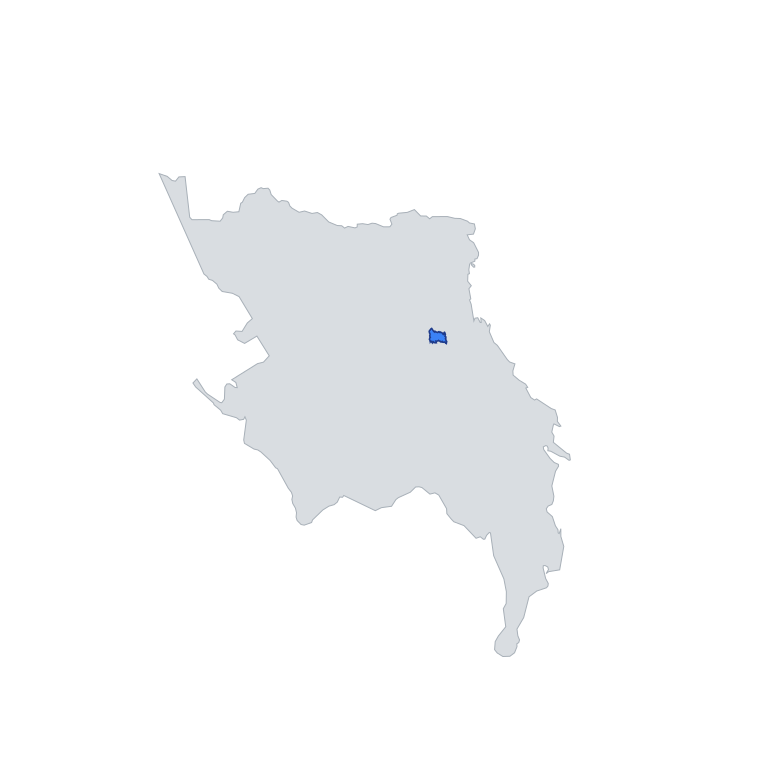 Chaparral, Tolima, Colombia (highlighted), rotated 148°
{"feature_id": "7082276B10096367300511", "entity_name": "Chaparral", "entity_type": "district", "adm_level": 2, "iso_a3": "COL", "parent_name": "Colombia", "parent_adm1": "Tolima", "projection": "equal_earth", "projection_center": [-75.57, 3.753], "detail": "fine", "context": "in_parent", "style": "filled", "palette": "blue", "viewbox_px": 768, "rotation_deg": 148, "n_neighbors": 0, "source": "geoboundaries", "source_scale": "gbopen_adm2", "svg_char_len": 7449}
<svg xmlns="http://www.w3.org/2000/svg" viewBox="0 0 768 768"><g transform="rotate(148 384 384)"><path d="M426.2,106.6L420.5,109.7L409.4,113.6L401.9,130.2L396.7,133.1L390.3,143.0L385.6,155.2L382.0,180.2L372.6,201.3L373.4,202.3L377.2,201.3L380.7,199.0L382.0,199.7L383.3,203.4L387.7,204.4L391.2,221.5L397.8,230.2L398.5,233.6L399.4,240.7L397.0,245.1L396.4,260.8L398.5,264.7L403.4,266.3L406.7,276.1L408.8,278.3L411.8,279.9L419.0,278.3L432.0,280.0L435.1,279.7L442.4,276.3L451.7,280.5L458.5,281.2L477.2,310.8L479.1,309.9L481.5,311.6L486.2,308.6L490.2,308.1L495.5,309.6L502.6,309.6L516.7,306.6L518.8,304.9L526.5,306.6L528.8,308.8L530.0,314.3L529.1,317.7L526.4,321.2L524.9,325.6L524.7,331.0L523.3,334.9L520.8,337.5L519.9,341.3L520.4,346.2L519.2,368.6L520.3,370.4L521.1,379.6L524.4,391.6L526.0,395.0L528.7,397.7L533.8,407.6L532.6,410.9L519.9,426.3L519.3,429.9L521.7,428.4L525.6,429.9L527.0,433.6L536.5,444.3L536.4,448.4L539.1,456.5L538.7,458.3L545.3,481.3L545.5,486.1L540.0,487.5L539.8,472.0L539.0,468.9L532.8,455.2L531.5,454.1L527.4,455.7L520.5,465.8L517.3,467.3L514.7,465.9L512.1,459.9L510.4,458.7L508.8,463.8L510.9,468.3L480.5,468.3L474.6,466.4L466.4,468.7L466.4,492.0L480.7,492.3L484.7,499.0L484.3,504.4L485.0,506.3L481.5,507.4L476.5,503.8L467.6,508.2L461.0,509.2L460.6,534.9L464.5,541.3L472.2,548.2L473.3,552.8L472.8,557.2L474.6,562.8L477.1,565.7L477.1,569.0L478.4,572.7L463.2,681.6L457.8,674.9L455.9,668.9L453.3,666.5L448.2,668.3L442.8,665.3L460.4,628.4L459.8,625.1L445.2,616.1L443.6,613.8L436.7,608.9L432.8,610.3L430.6,612.7L425.3,613.5L421.0,609.6L415.8,607.0L409.7,613.2L407.8,613.2L403.4,615.9L398.7,616.9L392.6,614.1L387.7,616.1L384.2,615.6L382.9,613.7L378.6,611.5L378.1,609.0L379.3,604.4L377.4,595.5L376.7,593.9L373.4,593.8L369.5,590.5L368.7,588.6L369.5,584.9L368.8,581.8L365.0,574.6L359.7,572.8L354.7,566.8L349.6,564.7L347.2,560.4L345.0,550.7L339.7,543.2L336.0,540.6L334.8,537.1L331.0,536.7L325.8,531.7L323.5,531.4L322.0,533.7L317.2,531.3L313.1,527.7L308.9,526.7L306.1,524.5L301.1,517.5L295.7,514.2L292.6,515.4L291.6,520.6L289.8,521.5L283.6,520.2L282.5,521.3L280.9,521.0L273.3,517.2L265.8,515.8L263.9,507.1L259.1,504.0L257.7,499.9L254.3,500.3L241.5,492.4L236.2,487.0L231.6,483.9L226.9,477.8L226.2,475.3L222.5,471.8L224.3,467.2L228.7,463.7L234.4,466.4L235.1,461.0L233.1,456.3L234.1,445.5L235.6,443.1L238.7,441.0L240.7,441.8L241.9,440.0L246.6,440.8L248.0,440.1L251.6,435.8L253.1,432.3L254.7,432.6L258.6,426.8L257.9,421.1L261.5,419.8L265.3,410.2L266.9,410.0L267.8,405.5L274.4,389.8L272.0,391.6L269.4,390.5L269.8,385.2L269.0,384.6L266.9,388.7L265.0,384.5L265.5,377.8L262.6,379.1L262.7,377.5L267.0,372.5L268.8,360.9L267.4,356.7L266.5,339.4L265.8,336.1L262.3,331.7L267.8,326.8L269.8,323.1L267.3,315.4L264.0,308.9L263.9,305.0L265.9,305.4L266.7,294.7L264.8,290.6L262.5,290.5L255.2,274.6L252.6,271.3L254.6,263.7L256.8,260.4L256.3,254.6L257.8,254.9L261.0,260.1L262.3,259.3L267.2,254.3L267.4,249.7L271.3,244.8L265.8,228.6L263.9,226.1L266.2,220.9L267.5,221.2L269.6,226.3L273.1,229.6L278.2,238.6L280.4,240.6L278.8,242.7L278.5,244.8L279.3,246.0L282.2,246.3L283.3,243.8L282.6,232.8L281.3,227.3L278.7,223.4L279.5,221.8L284.8,219.1L295.7,208.6L299.4,198.8L302.3,195.2L305.5,192.9L309.5,193.5L312.5,192.2L313.5,189.1L311.5,182.3L313.8,172.9L313.7,168.2L315.2,165.4L314.7,164.3L310.7,167.6L314.8,161.0L317.6,151.0L333.5,133.3L343.8,137.6L347.0,137.3L342.8,139.5L342.1,142.1L343.6,144.7L345.2,145.5L346.5,143.8L350.0,133.4L350.4,127.8L352.0,125.8L354.2,125.1L364.2,127.5L373.8,126.7L389.3,111.9L401.1,105.7L403.9,99.6L404.7,95.1L406.8,93.3L409.0,93.3L410.4,90.8L415.7,86.9L421.5,86.4L427.6,89.9L430.5,95.9L431.0,100.1L426.2,106.6ZM246.8,438.9L246.0,439.7L244.7,438.3L244.2,436.5L245.1,435.1L246.1,435.6L246.8,438.9Z" fill="#d9dde1" stroke="#a8b0b8" stroke-width="1"/><path d="M314.1,405.9L314.3,405.9L314.5,405.9L314.8,405.9L315.1,405.9L315.3,405.8L315.4,405.7L315.5,405.7L315.8,405.5L316.1,405.4L316.3,405.4L316.6,405.1L316.8,405.1L317.0,405.1L317.1,405.3L317.3,405.3L317.3,405.5L317.4,405.2L317.7,404.8L318.1,404.2L318.1,403.9L318.2,403.5L318.3,403.3L318.4,403.2L318.3,402.9L318.3,402.5L318.5,402.3L318.5,402.0L318.7,401.7L318.8,401.6L318.9,401.3L319.0,401.2L319.3,401.1L319.4,400.9L319.5,400.9L319.7,400.7L319.8,400.6L319.8,400.3L319.8,400.1L319.9,399.7L320.1,399.6L320.0,399.4L320.1,399.2L320.1,398.9L320.5,398.9L320.8,398.7L321.0,398.6L321.3,398.4L321.4,398.2L321.5,398.0L321.5,397.6L321.6,397.8L321.8,397.8L321.8,397.4L321.9,397.0L322.0,396.8L322.0,396.3L322.1,396.2L322.3,395.8L322.1,395.7L322.3,395.4L322.4,395.2L322.2,395.3L322.1,395.2L321.9,395.3L321.9,395.2L321.8,395.4L321.7,395.4L321.5,395.5L321.4,395.4L321.3,395.2L321.2,395.1L321.3,394.8L321.3,394.4L321.3,394.2L321.4,393.8L321.3,393.7L321.1,393.8L321.0,393.7L320.9,393.7L320.9,393.4L320.7,393.6L320.4,393.8L320.4,393.6L320.2,393.6L320.3,393.5L320.2,393.5L320.2,393.3L320.1,393.2L319.9,392.9L319.7,392.8L319.6,392.7L319.5,392.8L319.4,392.9L319.3,392.7L319.2,392.5L319.2,392.4L319.1,392.2L319.0,391.9L318.8,391.8L318.7,391.8L318.5,391.7L318.4,391.6L318.2,391.6L318.1,391.3L317.8,391.2L317.8,391.3L317.6,391.8L317.6,392.2L317.4,392.6L317.3,392.9L317.2,392.8L317.1,392.6L317.0,392.4L316.9,392.4L316.8,392.2L316.7,392.2L316.6,392.3L316.5,392.2L316.4,392.2L316.3,392.3L316.1,392.3L315.9,392.3L315.8,392.2L315.7,392.2L315.3,391.9L315.1,391.9L314.9,391.7L314.6,391.7L314.5,391.8L314.4,391.5L314.1,391.1L314.1,390.9L314.0,390.5L313.9,390.5L313.8,390.4L313.5,390.3L313.5,390.2L313.4,390.1L313.5,389.8L313.4,389.7L313.4,389.3L313.1,389.3L313.0,389.2L312.8,389.1L312.6,389.2L312.5,389.3L312.4,389.3L312.3,389.2L312.1,389.2L312.2,388.9L312.3,388.7L312.1,388.3L311.9,388.1L311.6,387.9L311.4,388.0L311.1,387.9L311.1,387.7L310.9,387.6L310.7,387.5L310.5,387.4L310.4,387.4L310.4,387.2L310.2,386.8L310.2,386.6L310.0,386.2L310.1,385.9L309.9,385.7L309.8,385.4L309.7,385.2L309.6,385.3L309.5,385.5L309.3,385.8L309.1,386.0L309.0,386.4L308.9,386.6L308.7,386.6L308.7,386.4L308.4,386.5L308.4,386.8L308.3,387.1L308.4,387.3L308.5,387.4L308.4,387.5L308.5,387.6L308.4,388.1L308.1,388.4L308.1,388.6L308.0,388.9L308.1,389.0L307.9,389.6L307.7,389.8L307.7,390.1L307.4,390.1L307.4,389.9L307.3,390.0L307.2,390.1L307.1,390.4L306.9,390.6L306.7,390.9L306.6,391.2L306.7,391.4L306.6,391.6L306.8,391.9L306.9,392.0L306.7,392.1L306.6,392.3L306.5,392.5L306.4,393.0L306.1,393.2L306.0,393.4L305.8,393.4L305.8,393.5L305.8,393.8L305.6,393.9L305.5,394.0L305.6,394.4L305.4,394.5L305.3,394.8L305.3,395.1L305.2,395.3L305.2,395.6L305.2,395.8L305.3,395.9L305.5,395.8L305.8,395.8L305.9,395.7L306.0,395.7L306.3,395.5L306.7,395.1L306.9,395.0L306.9,394.7L307.0,394.8L307.2,394.7L307.3,394.9L307.5,394.8L307.5,395.1L307.6,395.3L307.6,395.6L307.7,395.9L307.6,396.0L307.6,396.3L307.6,396.6L307.7,396.8L307.8,397.0L308.1,397.3L308.3,397.5L308.4,398.0L308.5,398.2L308.7,398.3L308.8,398.1L309.1,397.9L309.2,398.0L309.3,398.2L309.5,398.3L309.4,398.5L309.6,398.9L309.6,399.3L309.8,399.4L310.2,399.5L310.3,399.5L310.6,399.3L310.8,399.2L311.1,399.2L311.1,399.3L311.3,399.3L311.4,399.5L311.8,400.0L312.0,400.3L312.1,400.2L312.3,400.3L312.5,400.5L312.7,400.9L312.7,401.0L312.8,401.3L312.8,401.5L312.8,401.8L313.0,401.8L313.2,402.0L313.3,402.0L313.5,402.1L313.7,401.9L313.8,401.7L313.9,401.9L313.9,402.0L314.0,402.2L314.0,402.4L314.0,402.6L314.0,402.8L314.0,403.1L314.0,403.4L314.1,403.6L314.1,403.8L314.1,404.0L314.0,404.3L314.0,404.5L314.1,404.8L314.1,405.0L314.1,405.3L314.0,405.5L314.1,405.8L314.1,405.9Z" fill="#3b82f6" stroke="#1e3a8a" stroke-width="1.5"/></g></svg>